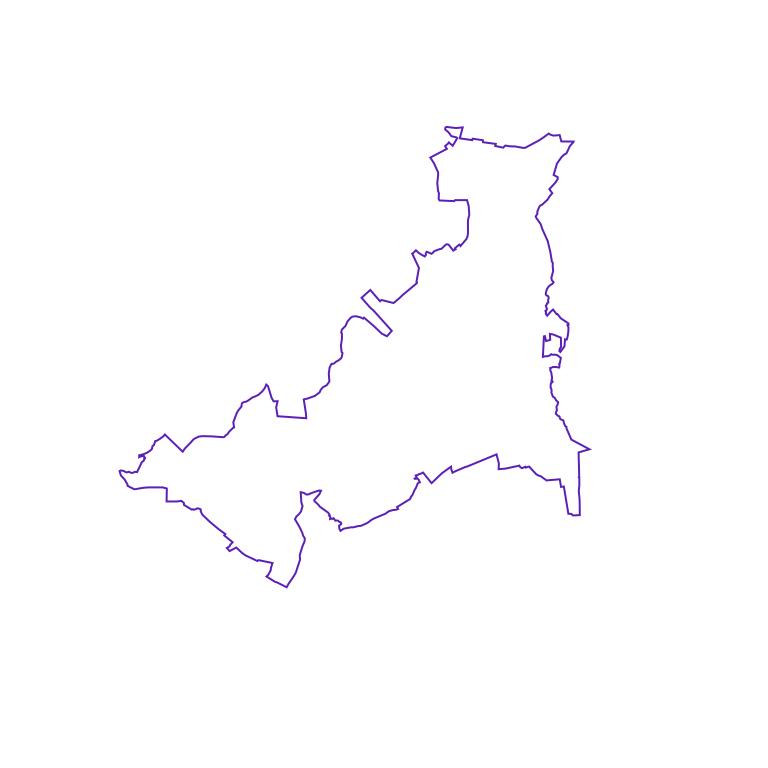 Ungheni, Mures, Romania (Mercator projection), rotated 64°
{"feature_id": "2599482B6625151408486", "entity_name": "Ungheni", "entity_type": "district", "adm_level": 2, "iso_a3": "ROU", "parent_name": "Romania", "parent_adm1": "Mures", "projection": "mercator", "projection_center": [24.431, 46.458], "detail": "fine", "context": "isolated", "style": "outline", "palette": "violet", "viewbox_px": 768, "rotation_deg": 64, "n_neighbors": 0, "source": "geoboundaries", "source_scale": "gbopen_adm2", "svg_char_len": 6165}
<svg xmlns="http://www.w3.org/2000/svg" viewBox="0 0 768 768"><g transform="rotate(64 384 384)"><path d="M394.3,630.9L398.7,621.9L400.2,617.4L403.2,616.0L405.0,616.8L412.7,611.8L412.8,610.6L413.7,609.9L414.1,607.7L413.8,607.0L414.4,605.4L416.4,603.7L418.3,604.6L421.9,604.5L431.4,601.0L442.6,596.0L449.3,592.4L450.1,594.0L459.8,589.4L461.2,592.8L462.2,594.0L462.5,597.1L466.5,596.0L466.2,588.5L473.7,585.6L477.5,583.5L487.6,575.4L487.3,574.0L496.0,562.7L499.7,566.2L501.8,567.5L505.0,572.1L505.5,574.0L514.0,568.7L515.6,567.0L524.0,560.6L521.7,557.3L517.6,550.0L514.8,545.9L505.0,536.4L500.8,534.7L494.2,528.5L490.5,524.3L487.9,522.8L484.7,523.2L482.3,522.7L475.5,522.6L466.5,523.3L464.7,520.8L463.7,517.5L462.2,514.5L458.0,510.7L454.2,510.2L444.7,506.3L446.9,503.6L449.1,502.4L449.8,501.3L450.2,499.7L450.1,498.2L450.9,491.2L451.4,488.8L452.3,487.4L454.7,490.4L457.6,497.3L458.6,497.9L463.5,496.0L466.3,495.4L475.3,490.5L477.9,490.3L478.3,491.1L479.2,490.5L480.9,490.7L481.2,491.4L481.7,491.7L481.9,490.6L482.7,489.2L482.4,488.7L482.5,488.1L485.6,487.6L485.8,486.6L486.7,485.2L488.4,484.5L489.6,483.4L491.0,483.7L491.7,486.5L494.6,487.6L496.9,487.5L496.4,483.6L498.3,476.6L499.3,474.5L500.4,469.5L501.4,466.8L501.6,459.8L500.6,454.5L500.5,451.8L501.2,439.5L500.5,435.3L501.2,431.2L502.3,428.5L502.5,426.1L500.3,426.2L498.8,410.9L497.0,409.0L496.5,407.4L492.3,402.5L491.5,401.0L488.2,397.3L487.9,396.5L488.1,394.9L485.2,394.8L484.1,395.2L483.4,395.9L482.9,397.7L482.5,397.9L482.1,395.6L480.1,395.6L480.5,393.7L480.4,391.9L480.8,389.7L480.7,387.7L494.0,384.7L489.6,371.1L487.7,360.0L490.6,361.0L493.8,361.3L493.7,357.9L494.3,346.4L494.6,345.9L496.6,313.7L505.8,315.6L510.8,318.3L513.4,311.6L516.7,298.1L518.2,298.1L520.1,297.0L520.4,293.1L521.3,293.1L521.8,289.8L531.9,286.7L533.4,285.8L535.7,283.5L541.9,280.2L546.7,267.8L554.1,270.0L555.0,267.3L581.5,275.2L582.8,272.6L584.9,271.9L587.7,265.5L574.4,259.2L565.5,255.8L560.6,252.8L553.5,249.4L553.2,249.7L552.5,249.0L530.8,239.1L532.7,228.0L516.1,240.0L503.4,239.4L502.5,238.8L501.2,239.5L498.9,239.5L495.2,238.8L493.0,240.9L490.0,240.6L488.6,241.7L486.0,242.6L484.8,241.8L483.3,240.0L480.2,239.1L478.5,236.9L476.8,235.5L473.8,236.5L471.4,236.6L469.4,237.7L465.0,237.3L463.6,236.3L461.4,235.7L460.5,235.9L457.5,234.4L456.2,233.3L456.3,231.9L455.5,231.3L454.5,232.1L452.4,230.3L446.8,228.6L444.9,228.6L442.5,227.5L442.8,226.7L442.7,225.0L443.9,222.4L446.0,219.3L444.2,218.1L442.7,217.7L442.5,216.9L438.1,213.6L433.9,215.7L432.6,217.5L431.3,220.2L430.5,220.7L431.0,222.6L430.9,224.3L429.6,227.4L429.3,229.3L411.3,219.4L411.5,218.4L416.4,219.5L417.2,215.3L411.7,212.9L413.8,210.1L419.9,204.7L428.1,208.5L428.9,209.3L429.1,210.2L431.1,211.9L432.5,211.5L429.3,205.3L423.2,201.7L424.0,200.9L424.1,200.1L421.2,197.7L417.3,195.1L414.0,193.4L411.5,193.3L411.7,192.2L410.3,191.7L402.5,196.3L397.2,197.4L397.0,198.2L391.2,199.4L391.9,202.0L394.1,207.4L391.6,207.8L390.4,206.7L389.1,206.9L388.6,205.3L388.0,204.6L384.7,204.3L383.4,202.2L382.9,202.0L382.8,200.6L380.7,199.8L378.6,198.1L377.3,198.0L376.4,198.3L375.5,199.2L374.3,199.3L372.6,198.3L370.1,195.8L369.0,194.2L368.0,191.5L367.7,188.4L366.9,187.0L364.5,187.6L362.2,187.2L356.4,182.3L352.7,181.0L349.1,179.2L347.4,179.4L338.2,176.6L327.3,174.2L314.3,173.8L308.7,173.1L301.5,174.3L299.9,174.2L298.2,171.5L296.2,170.6L292.8,166.7L292.1,165.2L292.1,163.2L290.0,156.2L287.7,152.5L286.3,149.1L281.4,150.0L278.0,141.4L275.7,137.8L274.2,137.2L270.5,139.9L261.7,131.9L257.9,125.0L256.7,121.4L256.9,120.2L256.5,118.6L251.5,112.5L249.9,108.3L249.2,107.4L243.7,118.3L237.3,117.0L235.0,122.9L232.2,125.7L231.1,126.2L232.3,132.5L233.0,137.8L233.6,153.7L232.6,155.7L228.1,161.8L225.7,166.4L222.9,170.4L223.8,173.3L218.8,179.7L217.2,178.3L210.1,189.0L208.2,188.3L202.4,196.8L203.5,197.8L196.4,208.2L187.9,200.8L185.5,207.1L180.3,215.2L180.5,216.4L181.5,217.2L182.2,217.4L186.2,215.6L190.8,214.8L194.0,210.9L194.8,210.4L195.6,211.1L200.0,217.8L195.3,219.8L195.9,220.8L197.0,224.8L200.2,224.4L200.8,243.1L207.6,242.3L217.4,242.6L219.5,243.5L226.9,248.1L234.3,250.8L236.6,251.0L241.6,253.7L243.4,253.6L250.4,240.7L249.9,239.5L255.1,228.8L261.0,229.8L269.4,233.2L272.9,236.2L275.3,237.6L285.3,242.4L288.1,244.4L289.8,246.3L293.5,254.8L291.8,255.0L291.8,255.7L293.1,260.8L294.3,260.6L294.5,263.3L287.2,264.8L286.2,265.8L285.9,266.6L285.9,267.6L287.7,273.2L287.2,274.7L286.7,279.5L286.8,281.3L287.6,282.7L287.8,284.2L283.9,287.6L285.0,289.3L286.4,289.8L287.2,291.4L284.4,293.5L281.3,295.4L277.8,296.7L279.3,300.9L279.2,301.5L295.0,301.7L306.5,310.1L307.1,309.8L307.8,310.4L312.3,328.6L313.6,332.6L315.4,339.9L307.4,349.4L307.9,351.3L293.5,355.1L296.7,366.4L309.4,362.9L313.4,361.2L339.6,353.7L342.4,360.4L337.8,363.9L327.3,367.8L315.6,372.9L316.1,374.1L313.7,376.0L311.0,379.3L310.1,381.1L309.7,382.9L309.8,384.8L311.8,389.5L314.9,393.1L316.6,397.9L317.0,398.4L319.0,399.9L320.1,399.7L325.0,402.0L330.6,405.9L336.7,408.1L337.9,407.7L341.0,409.9L342.1,411.4L342.8,414.2L342.9,417.1L343.7,420.4L342.9,422.4L345.3,425.6L350.3,429.0L357.6,431.9L358.5,433.2L360.0,436.1L360.1,439.9L360.6,441.5L361.7,443.7L363.3,445.6L364.4,451.4L363.6,458.8L362.7,462.9L376.7,467.2L380.7,468.9L366.3,493.8L357.8,491.2L352.8,487.2L351.2,490.8L347.2,491.1L335.1,489.2L332.9,490.1L335.3,492.8L337.2,496.5L338.7,501.6L338.7,505.6L338.4,507.9L339.4,514.1L339.4,515.7L338.8,518.1L339.0,520.1L341.9,522.2L343.7,526.2L345.4,528.9L352.3,536.2L357.3,537.8L357.3,539.0L358.9,543.9L360.5,546.7L360.9,549.4L361.6,550.6L361.3,551.9L355.5,561.9L351.3,570.0L350.1,573.5L350.0,578.1L350.6,580.4L352.0,583.7L354.7,591.3L356.6,594.6L333.3,603.1L334.3,605.2L335.1,609.9L335.4,613.4L335.0,614.6L337.9,617.4L338.4,619.4L340.7,621.1L341.5,623.9L341.9,627.4L341.7,630.5L340.9,634.9L340.3,635.9L341.2,635.2L342.3,636.0L342.2,634.3L342.6,634.3L342.7,632.7L343.7,631.3L345.1,631.8L345.5,631.1L346.0,631.2L346.5,632.6L347.7,633.6L348.0,635.8L354.9,644.5L353.8,646.3L353.6,649.3L352.6,650.7L351.1,651.6L350.6,654.2L348.0,656.2L346.3,658.4L346.3,659.8L350.8,660.6L356.0,659.0L361.9,658.6L363.1,659.1L368.9,654.8L369.5,653.7L371.5,646.7L373.2,642.1L379.8,628.4L382.7,625.0L394.3,630.9Z" fill="none" stroke="#5b21b6" stroke-width="2"/></g></svg>